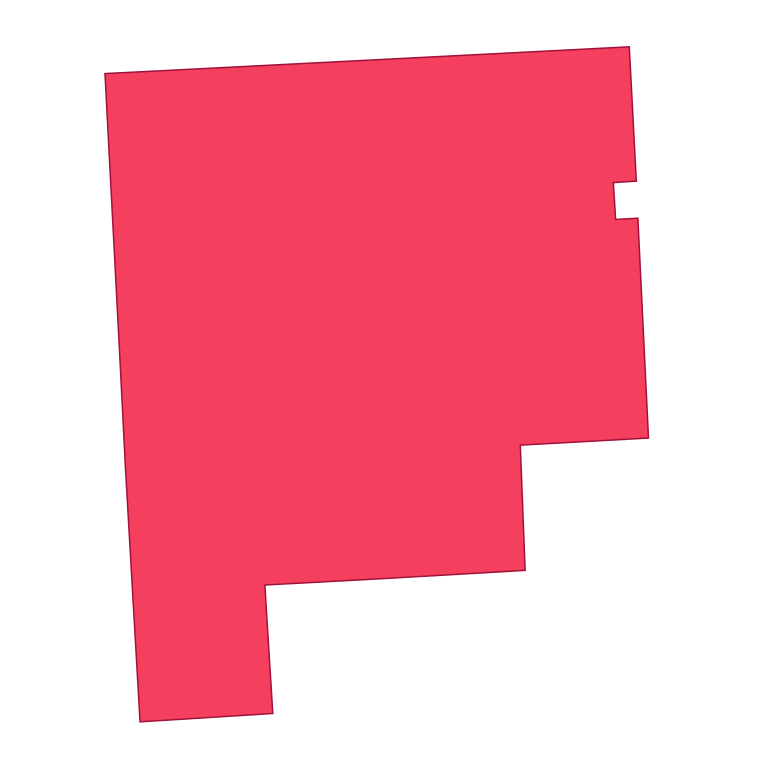 Geauga, Ohio, United States of America, rotated 177°
{"feature_id": "52423323B9355871384257", "entity_name": "Geauga", "entity_type": "district", "adm_level": 2, "iso_a3": "USA", "parent_name": "United States of America", "parent_adm1": "Ohio", "projection": "equal_earth", "projection_center": [-81.207, 41.532], "detail": "fine", "context": "isolated", "style": "filled", "palette": "rose", "viewbox_px": 768, "rotation_deg": 177, "n_neighbors": 0, "source": "geoboundaries", "source_scale": "gbopen_adm2", "svg_char_len": 361}
<svg xmlns="http://www.w3.org/2000/svg" viewBox="0 0 768 768"><g transform="rotate(177 384 384)"><path d="M646.4,708.6L646.4,436.4L646.6,313.3L645.3,59.4L512.3,60.8L513.5,189.5L392.7,189.7L252.8,190.5L251.1,315.8L122.7,316.2L121.8,536.3L144.1,536.2L144.4,573.1L121.4,573.4L121.4,707.9L646.4,708.6Z" fill="#f43f5e" stroke="#9f1239" stroke-width="1.5"/></g></svg>